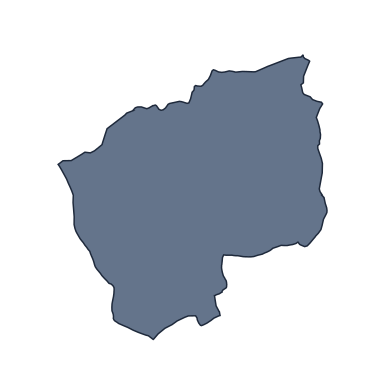 Bengkulu Tengah, Bengkulu, Indonesia (Mercator projection), rotated 278°
{"feature_id": "22746128B16836972822517", "entity_name": "Bengkulu Tengah", "entity_type": "district", "adm_level": 2, "iso_a3": "IDN", "parent_name": "Indonesia", "parent_adm1": "Bengkulu", "projection": "mercator", "projection_center": [102.45, -3.678], "detail": "fine", "context": "isolated", "style": "filled", "palette": "slate", "viewbox_px": 384, "rotation_deg": 278, "n_neighbors": 0, "source": "geoboundaries", "source_scale": "gbopen_adm2", "svg_char_len": 5269}
<svg xmlns="http://www.w3.org/2000/svg" viewBox="0 0 384 384"><g transform="rotate(278 192 192)"><path d="M343.4,283.1L340.7,281.0L340.3,279.0L338.3,271.2L337.6,268.8L332.0,258.7L328.0,251.5L327.1,249.8L324.1,245.0L320.0,238.3L319.6,236.7L318.8,228.8L318.4,225.2L316.8,218.8L316.8,217.9L317.0,216.6L317.1,215.3L317.1,212.0L315.4,207.8L314.6,204.8L314.6,201.5L315.2,199.6L315.7,198.1L316.0,196.2L315.0,195.2L314.5,195.0L311.3,194.3L311.2,194.3L311.0,194.2L310.9,194.2L310.6,194.2L310.3,194.1L310.2,194.1L309.9,194.0L309.7,194.0L309.5,193.9L309.4,193.9L309.2,193.8L308.9,193.7L308.4,193.5L308.1,193.4L307.9,193.3L307.7,193.3L307.6,193.2L307.4,193.2L307.2,193.1L306.9,193.0L306.7,192.9L306.4,192.8L306.2,192.7L305.8,192.6L305.7,192.5L305.5,192.3L305.3,192.2L305.1,192.0L304.9,191.9L304.4,191.4L304.0,191.1L303.7,190.8L303.4,190.6L302.7,190.0L302.4,189.8L301.9,189.5L301.6,189.3L301.4,189.2L301.2,189.0L301.0,188.9L300.7,188.7L300.4,188.5L300.2,188.4L299.8,188.2L299.1,187.7L298.9,187.5L298.7,187.2L298.5,186.9L298.1,186.6L298.0,186.4L297.9,185.5L297.9,185.3L297.8,184.6L297.8,184.2L297.8,183.8L297.8,183.6L297.7,183.1L297.7,182.7L297.7,182.4L297.8,182.2L297.8,181.9L297.9,181.1L297.9,180.7L297.3,180.2L296.8,179.7L296.7,179.7L295.9,179.7L294.6,179.8L293.4,179.8L292.7,179.5L291.8,178.9L290.8,178.4L290.6,178.3L290.6,178.2L290.0,178.2L285.7,177.8L283.8,177.6L283.2,177.4L281.6,177.0L281.3,176.9L281.0,176.8L280.2,176.6L279.8,176.5L279.6,176.1L279.3,175.3L279.1,174.8L279.5,172.3L279.6,171.8L279.8,170.7L279.9,169.5L280.0,169.2L280.0,168.8L280.0,167.8L280.0,167.0L280.0,166.8L279.8,166.4L276.5,157.4L276.3,157.1L276.2,157.0L276.0,156.8L275.7,156.4L275.5,156.1L275.4,156.0L275.2,155.9L274.9,155.8L274.2,155.5L273.7,155.2L273.2,154.9L272.1,154.4L271.7,154.2L271.3,153.9L270.7,153.2L270.0,152.6L269.5,152.2L269.3,151.7L269.0,151.0L268.8,150.5L268.6,150.0L268.9,149.0L269.3,147.8L269.3,147.7L269.6,147.5L269.7,147.4L269.8,147.3L269.9,147.2L270.0,147.1L270.8,146.4L271.3,145.9L271.7,145.5L272.5,144.8L272.7,144.4L273.0,143.5L272.9,143.3L272.7,142.9L272.0,141.3L272.0,141.2L271.9,141.2L271.6,140.6L269.3,137.7L268.2,135.7L268.5,133.8L269.2,130.0L268.6,126.2L267.5,124.1L264.2,121.9L264.2,122.0L261.0,116.3L258.8,114.8L242.9,99.1L237.4,98.1L227.3,96.4L226.5,96.4L225.0,95.1L219.2,89.7L216.6,85.9L216.5,80.4L213.8,77.3L209.6,72.1L206.3,68.0L205.0,59.9L200.7,55.6L199.1,57.1L195.3,60.1L191.3,63.1L187.4,66.0L183.5,68.3L179.3,71.0L176.1,72.9L172.3,74.9L168.5,75.3L164.9,75.7L160.0,76.8L154.6,78.0L151.0,78.8L147.7,79.2L143.3,79.8L139.8,81.1L137.0,82.5L134.9,84.0L132.6,85.8L130.3,87.6L128.6,89.3L126.7,91.4L124.4,93.4L122.6,95.4L120.7,97.1L119.1,99.0L117.0,100.0L115.3,101.0L114.7,101.3L113.5,102.1L111.8,103.1L110.5,103.8L108.6,104.7L108.4,104.8L106.9,105.4L105.1,106.3L104.3,106.8L102.4,108.5L98.7,112.6L96.7,114.4L94.2,117.4L92.1,120.2L90.0,122.5L89.6,124.7L88.3,126.7L86.5,128.1L84.4,128.5L82.6,128.6L80.8,128.8L77.2,128.8L72.7,128.5L70.0,128.4L66.7,128.7L63.2,129.3L61.2,130.4L59.7,131.1L57.7,131.6L55.8,131.7L54.5,132.5L53.5,133.7L52.6,135.8L51.6,137.6L50.8,140.5L50.1,143.0L48.9,147.5L47.0,152.9L45.6,158.1L44.6,162.6L43.8,166.5L43.6,168.8L41.9,171.8L40.6,174.1L41.0,174.5L46.8,178.2L53.3,184.2L57.9,190.7L62.3,195.3L67.0,202.4L68.8,205.7L69.7,211.3L69.9,212.8L67.8,214.6L66.2,215.0L63.2,216.9L61.2,218.9L61.0,219.9L61.8,221.4L62.5,222.5L63.2,223.5L64.3,225.1L66.2,227.2L67.3,228.5L70.2,231.3L71.1,232.7L71.8,233.8L73.1,235.8L73.6,237.0L75.0,236.5L77.2,235.8L77.5,235.4L82.6,231.7L92.4,228.7L92.4,228.8L93.7,230.5L95.0,233.2L96.5,234.9L97.0,235.7L97.9,235.6L99.3,236.3L100.1,237.2L100.8,238.0L101.5,238.8L102.1,239.3L102.9,239.4L103.6,239.4L104.3,239.3L105.1,239.3L106.2,239.0L106.7,238.9L107.5,238.7L108.6,238.3L109.3,237.9L109.8,237.4L110.7,236.7L111.5,236.2L112.2,235.6L112.9,235.0L113.6,234.6L114.4,234.2L116.7,233.2L118.1,232.7L119.9,232.1L120.4,232.0L121.0,231.8L122.1,231.7L123.5,231.5L124.1,231.6L124.4,231.6L127.3,231.5L127.5,231.5L131.3,231.3L134.1,232.1L134.2,235.0L134.4,236.1L134.6,237.7L135.0,240.3L134.9,241.9L135.0,244.2L135.3,246.3L135.2,248.7L135.1,251.6L135.3,254.0L135.5,255.4L135.6,256.7L136.0,259.4L136.7,262.2L137.4,263.6L137.7,264.2L138.7,266.3L139.3,267.9L139.8,269.1L140.2,270.2L141.8,272.5L142.9,274.5L144.7,277.1L145.7,278.2L146.4,278.9L147.5,279.8L148.5,281.8L150.0,284.8L151.6,287.7L151.8,290.4L152.2,293.6L153.3,296.7L154.0,299.0L155.5,302.1L156.8,303.5L157.1,303.9L155.1,305.9L154.6,307.3L153.6,311.2L154.7,313.6L157.8,315.9L160.4,317.5L161.7,318.3L164.7,320.2L165.6,320.6L166.2,321.0L168.7,322.8L172.7,324.9L175.0,325.2L177.3,325.5L181.0,325.8L183.3,326.0L188.4,327.8L190.4,328.4L192.3,328.3L195.0,327.6L197.1,326.6L199.1,325.6L201.0,324.9L204.9,323.5L204.9,323.2L205.3,323.0L206.7,321.2L206.8,321.6L207.0,321.5L210.2,318.7L212.8,317.6L229.1,318.3L238.4,317.2L243.3,315.3L248.3,312.7L252.6,310.5L255.4,310.1L257.3,311.6L260.5,311.0L262.9,311.6L266.7,311.3L268.6,310.7L269.2,310.4L271.5,310.0L275.6,308.4L280.0,306.4L283.1,304.7L292.4,306.9L297.4,309.1L298.9,307.7L299.2,303.1L300.3,298.5L302.7,295.8L303.7,291.6L304.2,289.5L305.8,287.8L310.3,286.2L313.3,284.9L315.6,287.1L322.2,286.4L333.4,289.1L337.9,290.3L338.6,289.2L339.3,287.0L339.8,285.3L341.2,283.5L342.9,283.0L343.4,283.1Z" fill="#64748b" stroke="#1e293b" stroke-width="1.5"/></g></svg>